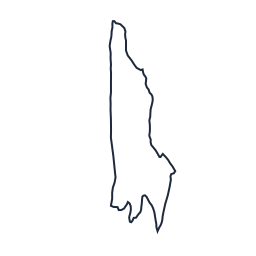 Piteå, Norrbotten, Sweden (Natural Earth projection), rotated 76°
{"feature_id": "70781695B63326994968930", "entity_name": "Piteå", "entity_type": "district", "adm_level": 2, "iso_a3": "SWE", "parent_name": "Sweden", "parent_adm1": "Norrbotten", "projection": "natural_earth1", "projection_center": [20.903, 65.376], "detail": "fine", "context": "isolated", "style": "outline", "palette": "slate", "viewbox_px": 256, "rotation_deg": 76, "n_neighbors": 0, "source": "geoboundaries", "source_scale": "gbopen_adm2", "svg_char_len": 1847}
<svg xmlns="http://www.w3.org/2000/svg" viewBox="0 0 256 256"><g transform="rotate(76 128 128)"><path d="M74.7,99.7L74.9,101.6L71.7,105.1L67.8,106.7L63.5,108.1L60.1,109.6L57.6,110.7L52.6,111.2L50.3,110.7L46.0,109.6L42.8,108.8L39.7,108.7L36.5,108.2L33.8,107.1L30.1,107.4L25.6,110.2L24.2,112.4L23.5,114.3L21.0,115.4L20.7,116.9L23.0,117.9L26.8,118.8L30.0,120.4L33.4,121.4L36.1,122.4L38.6,123.7L40.9,124.7L44.1,126.0L51.2,126.7L55.9,128.0L62.5,129.2L66.2,130.4L70.3,131.1L80.0,133.6L89.3,135.9L94.6,137.8L100.3,139.0L105.9,140.5L115.6,142.5L126.5,145.1L133.1,146.9L151.6,149.0L167.5,151.3L172.8,152.0L177.5,154.1L182.2,157.1L186.9,159.0L192.9,160.5L199.3,163.4L201.1,161.1L202.2,157.3L205.4,156.8L206.0,154.5L205.2,151.3L203.3,149.3L202.0,147.8L199.8,146.0L201.6,144.7L204.4,144.3L207.7,144.9L210.3,146.0L212.0,146.8L213.7,147.9L215.1,148.5L217.2,148.7L219.4,148.8L220.2,147.6L218.8,145.9L216.6,144.2L217.0,142.0L214.0,138.5L212.8,136.5L210.4,135.0L207.6,134.1L205.5,133.2L203.3,132.5L200.1,131.4L198.2,130.7L197.4,129.6L197.4,127.9L199.3,126.6L201.9,126.0L205.4,125.2L208.7,123.7L211.7,123.1L216.0,122.8L224.2,123.5L228.4,123.8L230.3,124.3L231.8,124.4L235.3,124.3L231.8,121.5L230.6,120.2L228.1,118.3L225.6,117.0L222.4,115.9L218.5,114.1L210.8,110.3L202.8,105.6L195.5,102.0L191.7,100.3L188.5,98.9L185.1,98.5L183.2,97.2L183.0,94.5L181.3,92.6L176.1,94.1L172.1,95.8L168.9,96.7L165.3,98.4L161.6,100.5L162.9,102.2L164.0,103.4L163.7,104.5L159.5,105.6L156.6,106.5L153.9,107.7L150.2,109.5L147.3,109.5L144.9,108.8L143.4,108.9L141.2,109.2L139.6,108.9L137.4,107.9L134.8,107.1L130.5,106.1L125.6,105.4L122.7,103.8L119.3,102.8L115.3,101.5L113.5,100.5L110.1,98.7L108.0,97.7L106.0,97.0L103.2,96.7L101.0,97.2L99.0,98.5L95.7,98.7L93.0,99.9L89.4,100.2L87.4,99.4L84.4,98.3L82.2,98.7L80.1,99.7L78.0,99.9L74.7,99.7Z" fill="none" stroke="#1e293b" stroke-width="2"/></g></svg>